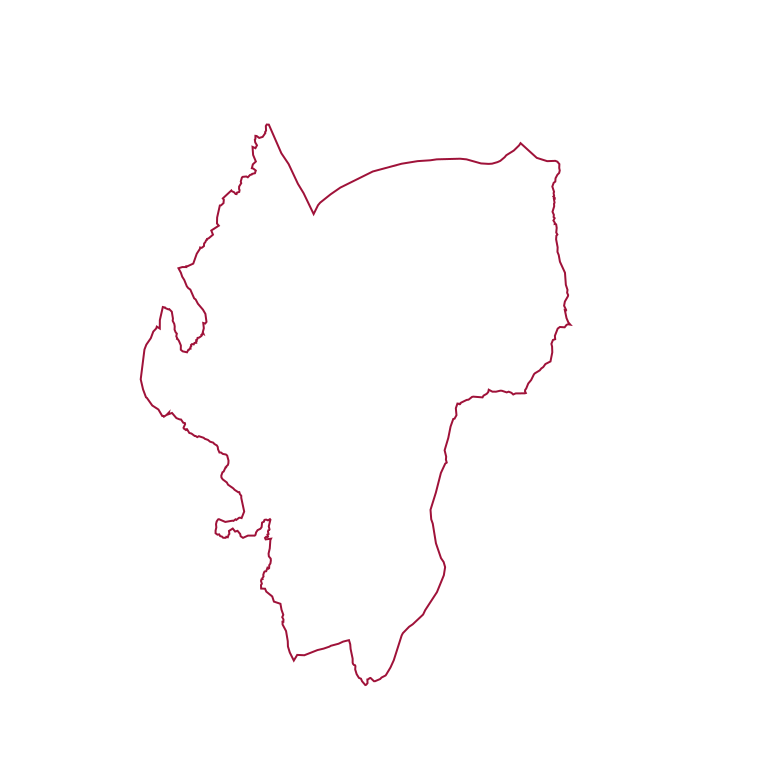 outline of Trøgstad nor, Østfold, Norway, rotated 73°
{"feature_id": "86288312B38891464101956", "entity_name": "Trøgstad nor", "entity_type": "district", "adm_level": 2, "iso_a3": "NOR", "parent_name": "Norway", "parent_adm1": "Østfold", "projection": "robinson", "projection_center": [11.334, 59.671], "detail": "fine", "context": "isolated", "style": "outline", "palette": "rose", "viewbox_px": 768, "rotation_deg": 73, "n_neighbors": 0, "source": "geoboundaries", "source_scale": "gbopen_adm2", "svg_char_len": 6165}
<svg xmlns="http://www.w3.org/2000/svg" viewBox="0 0 768 768"><g transform="rotate(73 384 384)"><path d="M177.5,332.6L183.4,368.3L187.0,379.6L191.9,392.0L193.7,394.8L200.9,401.6L178.0,405.1L167.4,407.8L145.8,410.9L133.3,414.7L102.3,418.3L101.6,420.3L102.8,421.6L107.2,422.7L108.4,424.1L109.3,424.1L112.2,427.8L112.2,431.4L109.6,433.3L109.1,434.4L112.0,435.3L112.6,436.1L115.3,436.5L118.6,435.7L120.9,438.0L118.8,440.4L126.7,442.2L133.8,441.5L135.6,445.2L139.0,447.3L139.8,446.0L142.4,444.2L144.7,445.8L144.5,448.7L145.0,449.2L144.9,450.9L146.5,453.8L145.3,455.0L144.6,458.5L145.0,459.5L148.5,461.8L150.2,461.8L152.8,464.8L155.2,465.6L156.3,465.4L158.0,466.3L158.0,468.6L159.3,469.5L158.9,470.4L156.8,471.3L155.1,473.2L154.3,473.4L159.4,483.9L160.9,483.3L164.1,484.6L165.5,487.6L165.3,488.8L176.0,494.9L181.7,496.8L184.3,495.7L186.7,504.3L191.2,503.9L193.5,509.3L193.5,510.8L194.4,511.2L194.5,512.0L196.3,513.6L197.0,514.9L199.5,515.9L200.5,518.6L199.7,519.9L200.9,520.5L204.7,525.0L213.1,531.2L213.9,537.2L213.6,538.7L214.4,538.9L213.2,542.6L213.2,546.7L218.2,545.7L222.4,545.6L226.1,544.6L232.9,544.0L235.0,543.2L237.1,541.6L246.6,540.5L248.1,539.4L252.8,538.5L260.0,535.4L264.7,534.3L272.7,535.6L273.9,537.3L272.8,539.0L278.0,540.0L281.4,542.1L283.0,542.0L282.5,542.4L282.6,543.0L283.8,543.5L283.7,544.3L284.7,544.6L285.1,545.8L285.6,547.4L285.4,548.8L286.9,549.7L287.1,550.7L288.1,550.6L288.2,551.2L289.7,551.5L289.3,553.2L290.5,554.4L289.7,555.9L290.3,557.2L291.5,557.3L291.9,558.1L293.6,558.7L293.3,559.4L294.2,560.3L294.1,561.1L296.1,563.1L293.9,567.0L291.8,568.3L287.7,567.0L282.8,567.5L280.8,568.1L280.3,568.8L279.5,568.4L277.7,568.7L275.2,567.4L273.8,568.1L270.8,568.4L267.7,567.3L265.2,567.0L261.8,567.6L259.7,566.7L252.8,565.8L249.6,567.5L249.6,568.4L247.3,571.1L246.9,571.0L245.7,573.0L257.4,579.7L265.4,582.2L262.7,584.5L264.3,585.6L266.4,589.3L272.0,593.6L276.9,599.8L281.0,603.0L308.4,615.3L318.7,616.0L327.1,615.5L328.0,614.8L336.8,611.9L342.4,607.2L349.8,605.4L350.1,604.2L350.9,604.0L350.0,601.0L348.4,598.1L349.9,599.0L349.7,595.2L355.9,592.5L358.1,589.8L358.6,588.5L362.4,587.3L363.1,585.9L364.2,585.9L367.2,588.5L368.0,588.5L370.2,586.8L370.1,586.2L369.5,586.1L369.6,585.6L373.9,584.5L375.1,582.6L378.4,580.2L378.6,579.4L380.2,578.1L379.8,576.3L382.7,572.2L384.0,571.4L386.0,568.7L388.3,567.2L390.2,564.4L391.7,563.8L393.9,561.8L395.6,561.4L397.9,561.8L401.4,561.4L401.8,560.0L403.8,558.5L405.2,555.8L406.6,554.9L411.8,555.1L414.3,556.0L415.8,557.0L416.5,558.5L417.5,559.3L417.3,559.8L420.8,562.9L421.2,564.3L424.1,566.4L425.9,566.8L428.1,566.1L432.2,563.1L434.7,562.6L439.8,558.6L441.4,557.9L444.8,555.1L445.1,554.0L447.1,554.0L449.2,553.2L451.2,553.8L465.1,555.0L470.6,559.4L469.7,560.8L469.6,561.8L470.8,565.0L470.0,565.6L470.9,568.0L470.4,568.9L469.5,576.1L465.0,581.4L465.0,582.3L466.5,584.2L468.9,585.6L472.2,586.3L474.9,587.9L477.5,588.7L479.4,587.3L479.6,585.6L481.6,585.1L482.5,583.6L484.0,582.8L484.8,580.4L484.0,579.5L484.9,578.2L482.7,576.6L482.1,575.7L479.2,575.2L478.0,570.9L481.6,569.5L481.6,567.0L485.4,565.4L487.7,565.6L489.9,563.8L489.2,558.4L491.2,552.0L490.7,551.0L488.5,549.7L486.8,547.6L486.3,544.5L485.1,542.9L480.9,541.1L480.5,539.0L479.3,538.4L479.0,537.6L479.3,536.2L480.5,534.8L479.9,532.6L480.6,532.3L486.4,535.8L489.6,536.0L490.1,536.5L490.1,537.4L491.2,538.1L493.7,538.3L493.9,539.5L496.0,539.5L496.3,540.0L495.7,541.4L496.4,542.8L498.0,542.6L498.9,537.3L500.0,538.3L507.8,541.3L512.5,544.0L515.2,544.5L517.9,543.4L519.7,543.8L522.4,545.1L523.7,546.7L526.5,547.7L526.8,548.5L525.7,549.2L528.6,551.4L528.4,553.0L529.1,553.8L531.3,555.3L532.9,555.5L534.1,557.1L535.1,557.2L535.0,558.3L536.4,559.2L539.3,559.2L540.3,560.4L543.7,561.3L545.0,557.6L548.1,557.3L554.5,553.0L559.9,552.9L563.9,547.3L569.8,548.0L575.3,547.8L577.2,549.5L579.8,549.0L582.0,549.8L581.7,550.6L584.4,551.3L591.6,549.9L601.7,551.2L606.9,552.6L613.2,552.6L622.1,551.1L617.7,546.2L620.1,539.5L619.0,525.4L619.4,519.1L619.2,513.0L618.8,511.4L619.1,503.4L618.4,498.4L618.7,492.4L623.0,492.4L627.6,493.4L637.5,494.3L641.5,495.5L642.8,495.4L644.0,494.8L644.4,494.0L645.4,493.8L648.5,495.0L653.5,495.0L657.7,493.9L659.1,492.2L661.8,491.9L666.4,489.9L666.4,488.9L665.2,487.2L661.7,486.3L661.8,485.4L661.1,483.8L661.2,482.8L665.3,480.5L665.6,479.5L665.0,473.9L664.0,472.2L663.2,467.7L662.5,466.8L657.0,460.7L651.0,455.4L629.6,440.6L627.8,438.8L623.5,431.0L622.2,426.8L615.9,414.0L612.3,410.7L598.5,394.2L584.4,382.7L577.0,379.1L571.7,379.0L567.2,380.4L551.5,380.9L531.8,378.2L527.2,378.4L517.9,376.3L503.1,366.2L485.7,355.6L478.0,348.7L477.5,347.0L474.4,346.9L471.7,345.8L465.1,345.4L454.4,338.3L444.2,332.8L437.7,328.0L437.8,326.7L435.0,323.8L428.2,322.4L424.2,319.5L425.3,317.8L424.9,317.6L425.3,316.9L424.4,315.9L423.4,309.6L423.7,307.7L422.1,303.6L422.2,302.3L425.6,293.7L424.2,292.2L423.4,288.6L422.2,286.7L420.1,285.5L423.0,282.6L424.1,279.2L424.4,274.7L424.9,273.3L427.9,269.1L427.8,267.0L429.7,264.7L431.8,263.5L431.5,260.9L434.1,252.0L434.1,251.0L432.1,251.3L430.8,250.6L430.0,249.4L425.7,245.9L423.2,242.1L418.6,237.8L417.9,236.6L416.5,231.1L415.1,229.0L414.4,226.8L412.1,223.8L411.1,218.2L402.9,213.8L397.3,212.3L394.6,212.2L391.3,209.6L391.2,207.2L387.9,206.5L381.8,201.7L380.9,199.1L382.6,194.7L380.8,192.1L380.7,190.5L381.7,188.5L379.0,189.7L374.3,190.2L366.6,189.5L367.2,188.9L366.6,188.2L361.8,188.9L358.0,186.9L353.9,182.5L352.8,181.9L350.3,182.2L347.6,181.0L342.3,181.1L330.5,178.4L318.5,180.0L311.7,179.2L308.4,179.5L304.1,178.0L295.9,177.1L292.6,175.8L291.8,174.5L289.5,175.0L285.2,173.2L281.7,172.7L281.0,173.2L280.9,174.0L279.7,173.5L277.2,174.2L275.3,172.3L273.9,173.0L271.9,172.1L268.6,172.5L263.8,169.3L261.3,168.7L260.5,167.9L256.6,167.4L256.9,166.7L256.1,166.3L254.2,167.2L253.8,166.3L251.0,166.0L250.0,165.2L244.4,165.3L241.2,162.9L240.5,161.0L237.4,159.8L234.6,157.0L233.4,154.8L231.2,153.5L228.7,153.3L225.0,152.0L222.1,153.2L220.7,154.9L218.6,162.8L212.4,171.8L193.6,183.0L195.3,185.0L198.7,191.6L201.0,200.2L202.4,202.3L204.6,207.5L205.0,210.6L204.9,216.2L204.1,219.6L201.4,226.8L193.3,239.4L190.8,245.4L184.6,267.8L183.6,274.3L180.7,286.7L178.5,302.8L177.5,332.6Z" fill="none" stroke="#9f1239" stroke-width="2"/></g></svg>